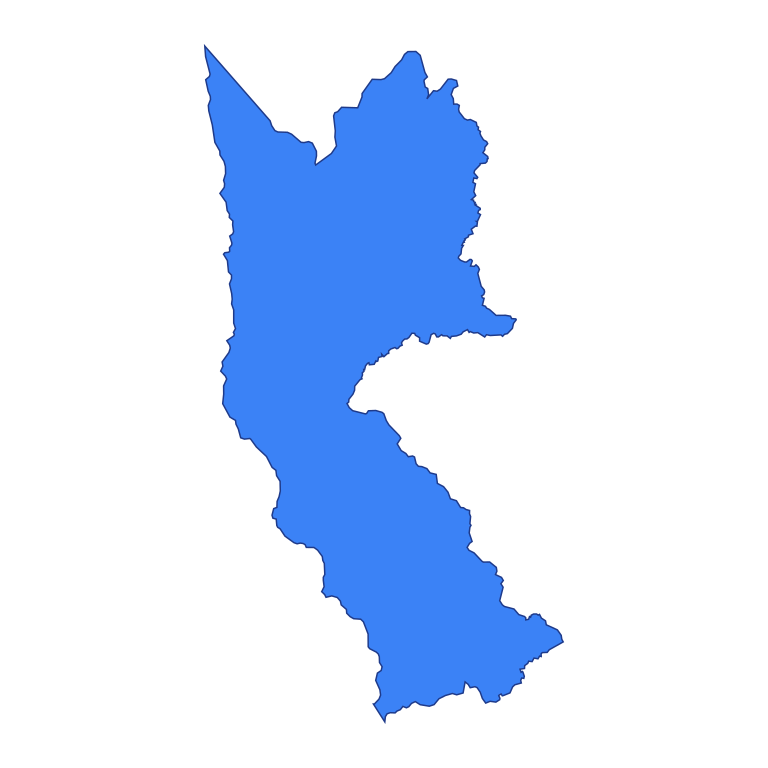 the district of Belmira, Antioquia, Colombia
{"feature_id": "7082276B19513801384430", "entity_name": "Belmira", "entity_type": "district", "adm_level": 2, "iso_a3": "COL", "parent_name": "Colombia", "parent_adm1": "Antioquia", "projection": "albers", "projection_center": [-75.634, 6.646], "detail": "fine", "context": "isolated", "style": "filled", "palette": "blue", "viewbox_px": 768, "rotation_deg": 0, "n_neighbors": 0, "source": "geoboundaries", "source_scale": "gbopen_adm2", "svg_char_len": 6094}
<svg xmlns="http://www.w3.org/2000/svg" viewBox="0 0 768 768"><path d="M373.4,704.0L384.8,721.9L385.4,716.6L387.1,713.8L390.2,712.7L395.1,712.9L397.1,711.0L400.3,709.7L402.9,706.4L406.4,707.8L408.8,706.7L411.5,703.4L415.3,701.6L420.2,704.7L429.3,706.2L434.1,704.6L439.0,698.7L445.4,695.5L452.4,693.5L456.7,694.8L463.1,693.0L465.1,681.9L468.2,684.4L470.2,687.7L475.0,686.7L477.1,687.6L480.2,692.2L482.4,698.5L485.7,703.1L490.1,701.3L495.9,702.1L499.7,699.7L499.9,698.2L498.7,695.6L499.3,695.0L501.1,694.0L502.3,695.8L503.2,695.6L510.0,692.9L512.6,686.9L514.8,684.8L521.3,683.0L520.7,680.4L521.4,678.6L521.8,678.0L523.8,678.4L524.3,676.3L522.9,672.0L522.3,671.4L521.1,672.3L520.0,669.2L524.5,668.5L524.7,665.6L527.8,663.3L528.7,661.2L532.1,661.6L534.0,658.1L538.0,658.8L539.6,656.1L541.2,656.5L541.1,653.8L542.3,652.6L547.2,652.4L549.3,649.7L563.2,641.9L561.8,639.3L561.2,635.3L557.4,629.9L546.3,624.8L545.5,620.8L541.4,618.1L539.5,614.4L538.2,615.1L536.6,614.0L533.6,614.0L531.2,615.2L530.6,617.2L529.5,616.6L528.6,619.3L525.8,619.9L525.7,617.7L524.5,616.5L518.8,614.6L514.0,609.0L504.5,606.5L502.4,604.9L499.7,600.7L503.1,587.2L500.9,583.7L503.3,580.5L501.5,577.4L495.5,574.6L496.9,571.2L496.3,567.4L489.7,562.0L483.4,562.1L482.0,561.3L474.1,552.9L469.0,550.3L467.1,547.4L469.6,543.3L472.1,541.5L469.2,532.9L469.9,527.3L471.0,525.3L469.9,523.7L470.6,516.5L469.5,513.8L469.6,510.5L466.0,509.5L463.6,507.8L460.6,507.5L456.4,500.7L450.4,498.8L448.0,492.2L443.6,486.7L437.4,483.4L436.2,474.4L430.1,472.9L426.9,468.6L421.8,466.6L418.4,466.3L416.1,463.7L414.5,457.0L412.6,456.0L408.3,456.7L405.9,453.5L401.2,450.6L397.2,443.9L400.8,438.3L399.3,435.7L388.9,424.9L386.3,420.6L383.8,413.7L382.0,412.3L375.7,410.5L368.4,410.8L366.6,413.5L365.4,413.9L352.7,410.7L349.3,407.7L347.0,403.5L348.7,402.1L348.9,399.3L353.0,394.1L354.6,390.2L354.7,386.2L360.0,379.7L362.0,378.8L361.4,378.0L362.5,375.0L362.3,372.8L363.9,371.4L363.7,369.5L364.6,369.7L365.5,365.9L367.5,363.4L368.9,362.7L369.3,364.8L374.2,364.3L375.9,360.9L376.7,361.5L377.8,361.0L378.5,357.4L382.0,356.5L381.7,354.2L383.9,356.7L387.5,353.5L388.7,353.4L388.7,350.8L390.8,349.0L395.0,347.5L396.6,348.7L397.9,348.4L400.0,346.1L402.2,345.2L401.5,342.9L402.5,341.1L404.6,339.1L407.0,338.9L408.9,337.5L411.9,333.2L414.7,333.4L415.4,335.2L419.6,337.7L419.6,341.2L426.3,344.1L428.1,343.6L429.1,342.2L431.1,334.7L433.7,333.3L435.2,333.9L436.8,336.9L438.5,336.9L441.6,334.7L442.9,335.8L447.1,335.9L450.3,338.4L451.4,336.4L456.5,335.9L461.2,334.2L463.2,331.8L467.5,329.6L469.1,332.4L470.3,331.6L473.7,333.0L477.8,332.6L484.7,337.0L486.5,334.7L490.2,335.5L500.9,334.9L502.6,336.3L504.5,334.3L507.4,333.6L512.4,328.4L513.5,323.4L516.2,319.8L515.8,318.9L511.6,318.6L510.5,316.2L505.6,315.3L496.1,315.4L489.5,309.5L486.5,308.1L485.5,306.3L482.4,305.3L484.1,298.3L482.4,297.8L481.6,295.9L483.7,294.6L484.6,292.0L484.2,289.9L481.2,286.3L477.8,273.4L479.4,269.4L478.3,267.0L476.0,264.8L474.3,266.4L470.5,266.0L472.3,260.9L471.4,259.6L470.0,259.4L466.5,262.0L464.7,262.0L460.5,260.3L458.3,258.0L458.7,256.4L461.0,253.9L461.6,248.3L463.3,245.5L461.8,245.4L463.3,242.3L464.3,242.2L463.9,241.1L465.3,239.8L464.7,238.9L468.4,236.8L468.5,235.2L473.0,233.7L471.3,229.2L475.4,226.1L476.9,226.2L477.4,222.0L476.6,221.4L477.4,221.4L480.5,214.6L477.9,213.0L478.6,210.4L480.2,209.6L480.2,208.3L475.2,205.0L476.0,204.3L474.6,203.7L475.2,202.4L473.6,201.6L473.6,200.2L471.4,199.6L475.7,195.6L473.8,191.8L475.5,183.8L472.9,182.3L473.8,178.0L476.9,178.6L477.7,177.3L474.0,172.9L474.6,170.5L480.1,164.8L480.1,163.6L485.4,163.1L487.0,161.5L487.3,158.8L488.1,158.6L487.7,156.5L482.9,152.7L484.8,149.8L484.8,147.3L487.7,143.7L486.6,141.6L483.5,139.9L480.9,135.8L479.9,133.1L480.5,131.5L478.1,129.7L478.5,127.2L476.9,125.9L476.3,122.4L470.3,119.5L467.5,120.1L464.4,118.7L459.2,112.0L458.6,109.3L459.3,105.4L457.1,104.1L453.7,104.1L453.3,98.6L451.2,94.6L453.4,88.4L457.8,86.0L456.5,80.5L451.3,79.0L448.1,79.2L440.4,89.1L437.1,91.2L433.5,90.7L426.9,98.9L428.6,94.8L427.7,88.5L425.2,87.0L424.0,81.3L424.2,79.9L427.4,76.9L424.9,72.4L420.2,55.3L415.9,51.5L407.9,51.6L404.5,54.4L401.6,59.9L395.1,66.5L391.2,72.7L384.5,78.7L381.0,79.6L372.2,79.3L362.1,93.5L362.0,97.0L357.7,107.8L341.6,107.3L337.7,111.7L334.8,112.8L333.6,115.9L335.3,130.8L334.9,137.1L336.5,146.0L331.4,153.5L315.7,165.0L315.0,163.1L316.5,155.9L316.4,151.2L312.3,143.1L308.6,141.6L304.0,142.6L301.0,142.3L291.6,134.2L287.4,132.3L277.9,132.0L274.9,130.6L271.7,125.7L270.1,120.8L204.8,46.1L205.6,56.6L210.1,74.1L209.4,76.5L205.7,79.7L208.2,91.2L210.3,96.3L210.5,99.6L208.3,105.4L208.8,110.9L212.3,124.9L214.9,142.4L219.8,151.0L220.0,155.0L224.0,161.3L225.4,166.5L225.6,173.7L223.6,180.3L224.6,183.7L224.3,187.3L219.9,193.4L226.1,202.2L227.2,210.6L229.5,214.1L229.3,217.5L232.9,221.0L232.6,224.8L233.6,231.7L232.7,233.9L229.7,236.1L231.9,243.1L231.6,245.1L229.5,247.7L229.7,251.2L228.7,252.2L224.8,252.7L223.5,254.2L227.4,260.6L228.5,271.9L231.5,275.1L231.5,278.8L229.5,283.9L231.7,293.7L232.2,299.2L231.6,303.9L233.7,309.9L233.7,323.1L235.5,328.6L233.4,332.4L234.3,334.1L233.9,335.8L226.8,340.7L229.7,345.2L230.3,348.1L228.9,352.5L222.1,362.0L222.9,366.2L220.7,371.1L225.4,376.1L226.7,379.0L223.6,385.9L223.7,394.1L222.7,403.7L230.0,417.2L235.5,420.4L236.0,424.2L238.3,428.9L240.7,437.8L244.4,439.1L249.8,438.5L250.9,439.4L256.4,447.0L266.5,456.5L272.1,467.4L275.9,470.3L276.6,475.7L280.1,481.3L280.3,491.0L279.1,496.6L277.1,501.4L276.9,507.4L273.7,508.6L272.0,515.2L272.9,518.2L276.2,519.1L276.8,525.5L277.7,527.3L280.1,528.8L285.0,536.2L294.0,542.7L297.1,543.8L300.2,543.1L303.1,543.5L305.1,544.6L306.3,547.4L314.0,547.5L317.6,550.1L322.3,556.5L322.8,560.4L324.3,563.4L324.8,574.5L323.3,577.3L323.3,580.2L324.1,586.7L321.7,591.7L324.7,594.6L326.0,597.3L331.8,595.9L337.3,597.5L340.4,601.1L341.2,604.9L346.4,609.4L346.7,613.2L350.2,616.7L353.7,618.7L360.7,619.2L363.4,621.8L368.1,634.0L368.2,646.8L369.7,648.7L376.3,652.1L378.3,654.0L379.3,656.7L379.5,662.5L382.1,666.7L381.2,670.5L377.4,673.1L375.7,680.4L379.9,689.8L380.6,695.1L379.0,699.1L374.5,703.9L373.4,704.0Z" fill="#3b82f6" stroke="#1e3a8a" stroke-width="1.5"/></svg>